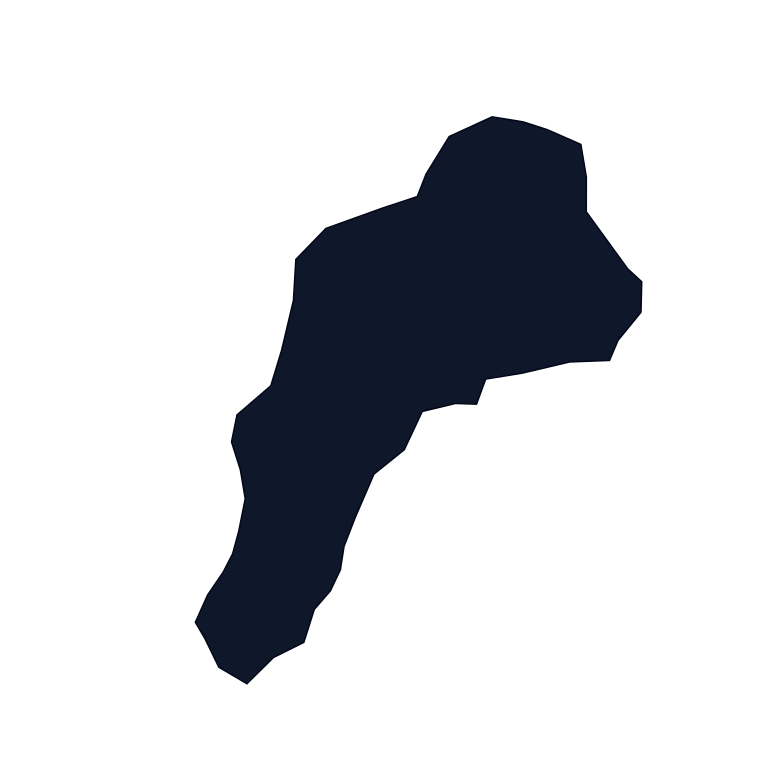 outline of Flasou, Nicosia, Cyprus, rotated 144°
{"feature_id": "46923920B19169275962284", "entity_name": "Flasou", "entity_type": "district", "adm_level": 2, "iso_a3": "CYP", "parent_name": "Cyprus", "parent_adm1": "Nicosia", "projection": "mercator", "projection_center": [32.902, 35.063], "detail": "fine", "context": "isolated", "style": "filled", "palette": "ink", "viewbox_px": 768, "rotation_deg": 144, "n_neighbors": 0, "source": "geoboundaries", "source_scale": "gbopen_adm2", "svg_char_len": 757}
<svg xmlns="http://www.w3.org/2000/svg" viewBox="0 0 768 768"><g transform="rotate(144 384 384)"><path d="M187.7,270.5L169.1,281.7L133.9,291.0L115.4,315.2L119.1,333.8L119.1,372.8L119.1,404.5L98.7,432.4L83.9,462.1L102.4,493.8L117.3,514.2L139.5,536.6L185.8,545.9L226.6,529.1L246.9,516.1L282.1,527.3L339.5,544.0L382.1,536.6L408.1,504.9L447.0,471.5L476.6,449.1L521.1,445.4L541.4,426.8L550.7,398.9L563.7,372.8L587.8,350.5L606.3,335.6L624.8,326.3L650.7,317.0L676.7,302.1L678.5,283.5L684.1,251.9L671.1,222.1L634.1,227.7L600.7,222.1L572.9,242.6L548.9,248.2L528.5,259.3L511.8,276.1L485.9,292.8L445.1,317.0L406.2,318.9L369.2,339.3L337.7,326.3L321.0,313.3L298.8,328.2L265.5,311.4L221.0,292.8L187.7,270.5Z" fill="#0f172a" stroke="#020617" stroke-width="1.5"/></g></svg>